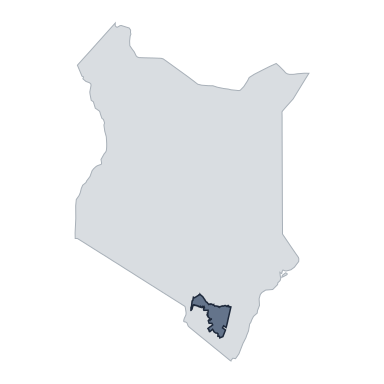 Voi, Coast, Kenya shown in context
{"feature_id": "3690345B74422593765563", "entity_name": "Voi", "entity_type": "district", "adm_level": 2, "iso_a3": "KEN", "parent_name": "Kenya", "parent_adm1": "Coast", "projection": "robinson", "projection_center": [38.488, -3.338], "detail": "fine", "context": "in_parent", "style": "filled", "palette": "slate", "viewbox_px": 384, "rotation_deg": 0, "n_neighbors": 0, "source": "geoboundaries", "source_scale": "gbopen_adm2", "svg_char_len": 6761}
<svg xmlns="http://www.w3.org/2000/svg" viewBox="0 0 384 384"><path d="M75.2,238.5L75.1,232.9L75.8,218.5L75.7,205.8L76.3,199.5L79.1,195.5L80.3,192.6L81.3,188.5L82.7,185.2L86.0,182.5L86.6,181.0L90.0,176.5L92.1,170.7L93.7,168.7L95.6,166.9L97.0,165.9L99.3,165.0L101.1,164.4L101.4,164.0L101.6,163.0L101.0,159.4L101.7,158.3L103.0,155.9L104.3,153.6L105.6,152.2L106.3,150.7L106.6,148.2L106.7,146.4L106.7,143.5L106.3,136.8L104.8,131.3L103.9,125.0L104.6,123.0L103.4,119.3L102.9,119.1L101.9,118.3L100.7,114.9L99.8,111.8L99.3,111.0L95.3,108.2L93.4,101.8L91.2,100.3L90.0,93.9L89.8,92.0L91.0,85.6L90.9,84.1L89.6,82.8L85.9,81.4L82.9,78.8L83.3,77.8L83.5,76.9L82.0,76.2L77.4,65.2L83.3,58.6L89.3,52.0L96.9,43.5L103.9,35.7L109.9,29.0L115.3,23.0L115.2,24.2L115.2,25.7L115.9,26.6L117.0,27.3L118.5,26.6L119.9,25.7L121.2,25.5L129.2,28.0L130.6,30.1L130.5,32.5L130.9,34.2L130.2,35.9L129.6,41.0L129.8,45.7L132.2,49.2L134.3,52.0L136.1,55.8L137.3,57.0L139.1,57.6L144.6,57.8L152.9,58.0L160.8,58.3L161.5,58.4L163.2,58.9L170.5,64.1L177.1,68.9L182.8,73.0L188.3,77.0L193.6,81.0L197.7,84.2L201.8,85.2L208.4,85.7L213.0,85.8L217.3,87.2L223.6,88.5L228.3,89.1L231.1,89.8L239.0,90.6L240.3,90.2L243.8,86.6L247.6,80.7L249.2,77.5L254.2,74.3L263.0,69.8L269.2,66.7L276.2,63.5L279.3,66.2L283.7,70.6L285.6,72.8L287.2,73.8L289.5,74.4L292.4,74.4L294.0,74.3L297.2,73.8L304.6,73.2L308.9,73.3L305.3,79.1L301.0,86.1L293.1,99.0L287.0,105.8L282.5,111.0L282.0,111.9L282.1,117.6L282.1,131.6L282.2,159.5L282.3,187.5L282.4,215.5L282.5,229.4L282.5,234.1L286.5,240.0L290.4,245.8L295.6,253.4L298.4,257.4L298.8,258.8L298.7,261.5L294.4,267.2L290.9,269.8L286.2,271.0L284.8,270.8L283.0,270.0L282.2,271.4L281.7,273.5L280.6,273.0L279.9,272.4L280.3,276.2L280.8,278.1L280.1,280.6L277.8,282.8L277.6,284.6L272.7,289.5L265.6,290.1L261.9,292.5L260.3,294.5L259.1,298.8L259.5,305.4L257.5,310.6L257.2,313.1L253.5,316.4L251.9,319.5L250.7,322.6L249.7,323.9L248.5,330.9L246.8,335.1L246.3,336.5L245.9,337.8L244.6,340.2L243.8,341.9L243.1,343.1L238.9,353.9L235.5,358.7L232.9,358.2L231.2,360.1L231.0,361.0L230.1,360.5L227.9,358.7L223.4,355.0L218.9,351.3L214.4,347.7L209.9,344.0L205.4,340.3L200.9,336.7L196.4,333.0L191.9,329.3L189.3,327.2L188.1,325.9L187.2,323.4L186.8,322.8L185.6,322.0L184.2,321.8L183.7,321.3L183.8,320.1L184.3,318.3L185.9,315.0L186.1,313.0L185.8,310.7L185.2,307.1L184.8,306.3L181.8,304.4L175.6,300.5L169.3,296.5L163.1,292.6L156.8,288.6L150.6,284.7L144.3,280.7L138.1,276.8L131.9,272.8L125.6,268.9L119.4,264.9L113.1,261.0L106.9,257.0L100.6,253.1L94.4,249.2L88.1,245.2L81.9,241.3L79.5,239.8L77.4,238.5L75.2,238.5ZM282.9,276.9L281.8,277.2L282.4,275.3L285.6,272.8L286.9,273.4L287.2,273.9L287.1,274.5L286.6,274.9L282.9,276.9Z" fill="#d9dde1" stroke="#a8b0b8" stroke-width="1"/><path d="M227.7,320.9L230.9,307.0L230.7,307.0L230.3,306.8L229.9,306.9L229.8,306.7L229.7,306.7L229.5,307.0L229.3,307.0L229.3,306.8L229.0,306.3L228.9,306.3L228.7,306.4L228.6,306.2L228.4,306.2L228.4,305.8L228.3,305.5L228.1,305.5L227.8,305.6L227.6,306.0L227.1,306.2L227.1,306.3L227.1,306.5L226.9,306.5L226.8,306.3L226.8,306.2L226.6,306.1L226.3,306.2L226.2,306.1L226.1,305.9L225.8,305.8L225.8,305.7L225.6,305.6L225.2,305.5L224.9,305.6L224.5,305.6L224.3,305.7L224.2,305.7L224.1,305.9L223.8,306.1L223.6,306.1L223.1,306.1L222.7,305.9L222.5,306.1L222.3,306.1L222.1,306.2L221.9,306.2L221.6,306.2L221.4,306.1L220.5,306.7L220.0,306.8L220.0,306.6L219.9,306.6L219.7,306.8L219.4,306.8L219.2,307.0L218.8,307.1L218.6,307.0L218.6,306.8L218.7,306.7L218.8,306.7L218.9,306.8L218.9,306.7L218.6,306.5L218.3,306.4L218.0,306.4L217.9,306.3L217.7,306.2L217.4,306.4L217.0,306.2L216.7,306.2L216.4,306.0L215.9,305.9L215.6,306.0L215.2,306.0L214.8,306.1L214.7,306.1L214.6,305.8L214.4,305.6L214.1,305.2L213.8,305.2L213.6,305.2L213.3,305.1L213.2,305.0L213.0,304.9L213.1,304.7L212.8,304.8L212.6,304.8L212.3,304.4L211.6,304.3L211.3,304.2L211.1,304.1L211.0,303.9L210.8,304.0L210.6,303.9L210.4,304.0L210.3,304.3L210.1,304.2L209.7,304.3L209.5,304.1L209.2,304.3L208.9,304.3L208.7,304.5L208.6,304.4L208.3,303.9L208.0,303.5L207.8,303.4L207.5,303.0L207.2,302.4L206.9,302.4L206.7,302.3L206.5,302.2L205.8,301.4L205.1,300.3L204.6,299.3L204.0,298.7L203.4,297.6L202.8,296.8L202.6,296.6L202.4,296.4L200.6,294.9L200.2,294.7L199.9,294.2L199.8,294.5L199.7,294.7L199.7,294.8L199.4,294.8L199.0,294.8L198.8,295.0L198.7,295.0L198.6,295.3L198.2,295.5L194.5,297.8L193.4,297.2L192.8,300.4L192.1,301.0L191.4,307.4L191.0,307.4L191.0,307.5L190.9,310.4L191.0,310.4L191.3,310.1L191.5,309.8L191.4,309.8L191.5,309.6L191.8,309.4L192.0,309.2L192.1,308.9L192.2,308.4L192.3,308.2L192.4,307.6L192.4,307.4L192.3,307.2L192.7,306.8L192.6,306.5L192.6,306.3L192.7,306.2L192.9,306.1L193.0,305.8L193.3,305.3L193.4,305.2L193.5,304.8L193.8,304.8L193.9,305.0L194.0,305.0L194.3,305.2L194.5,305.0L194.8,305.4L195.1,305.3L195.3,305.2L195.7,305.3L195.8,305.5L196.0,305.5L196.1,305.4L196.3,305.5L196.6,305.5L196.8,305.5L196.9,305.8L197.1,306.0L197.4,306.0L197.5,306.0L197.6,305.9L197.8,305.9L197.9,306.0L198.0,306.0L198.3,306.4L198.5,306.3L198.6,306.5L198.9,306.4L199.0,306.5L199.3,306.6L199.2,306.6L199.1,306.8L199.2,306.7L199.3,306.7L199.5,306.9L199.8,307.0L200.1,307.1L200.2,306.7L200.4,306.8L200.7,307.0L200.8,306.8L201.0,306.8L201.0,306.7L201.1,306.8L201.3,306.9L201.7,307.1L201.8,307.1L201.9,307.3L202.0,307.2L202.0,307.3L202.3,307.2L202.3,307.3L202.6,307.4L202.6,307.2L202.6,306.9L202.8,306.8L202.8,307.0L203.0,307.1L203.0,306.9L203.1,307.0L203.4,306.9L203.5,306.8L203.8,306.8L203.8,306.7L204.0,306.8L204.1,306.7L204.2,307.1L204.3,307.3L204.3,307.5L204.2,307.7L204.3,307.8L204.1,307.9L204.1,308.0L203.8,308.3L203.7,308.4L203.6,308.5L203.6,308.8L203.7,309.0L203.6,309.5L203.6,309.8L203.8,310.1L203.9,310.3L208.1,310.3L208.1,310.6L208.2,311.3L208.0,312.1L207.9,313.2L207.7,313.2L207.4,313.2L207.7,314.1L207.8,314.5L207.7,314.6L207.1,314.7L207.1,314.8L207.2,315.1L207.4,315.3L207.3,315.5L207.5,315.8L207.7,316.0L207.8,316.0L208.1,316.0L208.1,316.4L208.1,316.6L208.0,316.8L208.2,317.0L208.8,317.5L209.0,317.7L209.1,317.9L209.3,318.0L209.9,318.4L210.2,319.1L211.0,319.4L211.3,319.2L211.3,319.3L211.1,319.4L210.9,319.5L210.7,319.5L210.4,319.8L210.3,319.7L210.2,319.7L210.0,319.8L209.8,319.9L209.7,319.7L209.7,319.8L209.6,319.7L209.5,319.8L209.4,319.9L209.3,319.6L209.2,319.7L209.0,319.8L208.8,320.0L208.8,320.3L208.7,320.5L208.3,320.7L209.1,323.3L211.9,323.3L212.7,324.9L210.9,326.3L210.4,326.5L207.9,328.5L208.2,329.0L208.3,329.1L208.6,329.5L208.8,329.6L209.0,330.0L208.9,330.3L209.0,330.5L209.4,330.9L209.3,331.5L209.8,331.7L211.6,330.2L212.6,329.3L213.3,330.4L213.4,330.5L213.7,331.2L213.9,331.7L215.7,333.0L217.4,333.2L217.6,333.6L218.0,333.8L217.9,336.3L219.4,336.3L219.8,337.9L222.9,336.6L225.5,330.0L222.5,327.9L223.6,325.8L226.1,327.5L226.7,325.3L227.6,321.6L227.7,320.9Z" fill="#64748b" stroke="#1e293b" stroke-width="1.5"/></svg>